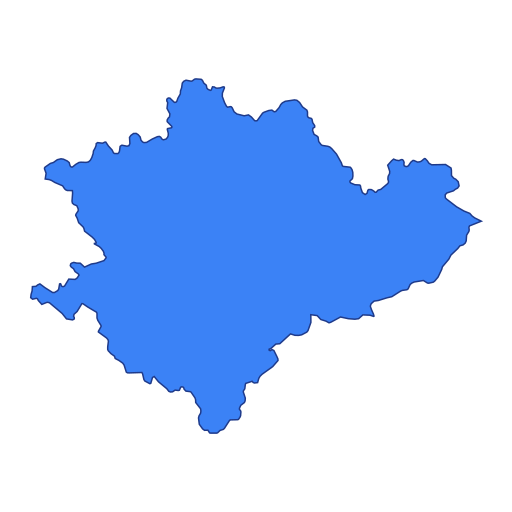 Trung Khanh, Cao Bằng, Vietnam
{"feature_id": "81297802B42277751936117", "entity_name": "Trung Khanh", "entity_type": "district", "adm_level": 2, "iso_a3": "VNM", "parent_name": "Vietnam", "parent_adm1": "Cao Bằng", "projection": "mercator", "projection_center": [106.547, 22.825], "detail": "fine", "context": "isolated", "style": "filled", "palette": "blue", "viewbox_px": 512, "rotation_deg": 0, "n_neighbors": 0, "source": "geoboundaries", "source_scale": "gbopen_adm2", "svg_char_len": 5978}
<svg xmlns="http://www.w3.org/2000/svg" viewBox="0 0 512 512"><path d="M481.3,221.2L474.7,217.9L472.1,216.0L469.8,213.4L463.9,211.0L456.6,206.8L446.4,199.0L445.3,197.7L445.2,194.8L446.8,193.0L453.5,190.8L455.3,189.3L457.6,188.1L459.1,185.9L458.2,181.7L455.7,179.2L453.7,178.2L451.5,175.6L451.4,170.1L451.0,168.0L445.5,164.5L431.7,164.8L429.0,163.3L427.3,160.8L425.3,158.7L424.4,158.6L421.3,161.2L419.8,161.8L417.6,162.1L413.9,160.5L412.9,160.5L410.8,162.2L408.5,165.6L407.4,166.4L406.2,166.6L404.3,165.9L403.9,164.6L404.1,162.4L403.5,160.8L402.6,159.7L401.3,159.6L399.0,160.6L396.3,160.2L393.6,159.1L391.6,160.8L387.7,165.2L389.7,171.3L389.6,173.5L388.2,176.2L388.0,177.5L387.9,179.2L388.5,181.3L388.4,182.6L387.6,183.7L380.8,189.4L378.1,190.1L376.2,192.2L375.1,192.3L373.7,191.0L371.4,189.6L368.8,189.5L367.9,190.2L367.0,193.3L365.1,194.5L362.4,192.6L360.8,188.1L360.5,186.0L359.8,185.0L354.8,184.7L350.6,182.9L349.9,181.9L349.9,181.1L352.4,178.7L352.9,176.1L352.8,172.4L352.1,169.8L351.1,168.1L350.2,167.2L343.3,166.4L342.4,165.9L341.3,162.7L336.5,154.1L331.7,148.6L329.8,147.0L327.9,146.3L322.2,145.4L321.1,144.7L318.7,141.5L318.1,137.1L316.8,135.9L314.1,134.4L312.6,130.5L312.9,128.3L314.7,127.1L314.7,125.7L312.7,122.6L312.0,119.2L311.1,118.3L309.1,117.9L308.0,117.1L307.5,116.1L307.5,112.0L306.9,110.2L302.5,106.9L299.6,102.5L296.9,100.3L294.5,99.9L285.2,101.3L282.3,102.9L280.8,104.5L279.1,107.6L275.7,111.5L274.2,111.8L271.9,110.1L268.8,110.5L264.1,112.2L262.6,113.1L257.2,120.6L256.0,120.9L254.7,120.7L251.4,117.0L248.5,114.9L244.2,115.8L236.9,114.0L234.1,111.8L232.2,107.8L231.3,106.8L230.3,106.6L227.6,107.2L226.5,106.3L224.6,102.7L222.3,96.5L222.4,93.1L224.4,88.0L224.3,87.1L223.2,86.8L220.1,87.9L217.0,88.2L215.7,87.9L214.4,87.0L212.5,86.8L211.2,90.0L210.3,90.4L207.8,89.2L206.9,88.2L206.3,85.2L203.8,83.1L202.4,80.3L201.2,79.3L195.9,78.9L194.5,79.2L192.4,80.8L191.3,81.2L186.0,80.2L183.7,81.3L182.3,83.1L181.6,87.9L180.5,90.9L180.3,94.0L177.9,98.2L176.8,101.3L175.8,102.3L174.4,102.4L169.9,98.1L168.4,98.0L167.3,98.6L166.8,99.6L166.8,101.0L167.7,102.6L167.0,108.4L169.9,113.9L169.5,116.9L168.3,118.0L167.2,119.9L167.1,121.2L167.4,121.9L171.8,126.4L171.8,127.4L171.4,127.8L167.5,128.6L167.3,129.5L168.3,133.3L168.2,135.7L167.5,137.4L166.0,139.1L163.3,139.8L162.1,139.2L160.6,137.1L159.3,136.4L157.3,136.7L152.3,139.0L146.6,142.4L143.9,142.6L142.6,142.0L141.0,140.2L140.2,137.0L138.2,134.7L136.2,133.4L133.5,133.5L130.9,135.4L129.5,137.4L129.9,143.6L128.9,145.7L127.0,146.2L121.9,145.2L121.0,145.7L120.1,146.4L119.5,151.1L118.9,152.6L117.9,153.6L114.5,153.5L113.5,152.9L112.1,150.0L108.4,146.0L105.8,142.1L104.9,142.1L102.5,143.2L97.6,142.6L96.2,143.6L96.1,145.4L95.2,147.8L93.4,151.1L93.2,153.4L91.8,157.6L90.3,160.3L88.5,161.9L86.2,162.4L80.8,162.2L78.9,162.5L75.7,164.4L72.5,167.0L71.8,167.1L70.9,166.8L70.0,165.6L69.2,162.6L67.3,161.0L63.5,159.2L61.0,158.8L57.3,159.7L53.4,162.5L50.4,163.4L45.1,167.1L44.5,168.0L44.5,168.9L46.1,173.3L45.2,179.0L49.3,179.6L51.6,180.5L54.9,182.5L62.6,185.8L64.6,188.8L65.8,189.9L67.3,190.5L72.4,190.6L72.6,193.1L72.0,201.1L72.4,203.1L73.9,204.5L76.8,205.7L78.2,208.9L78.2,210.8L75.9,214.3L75.7,215.4L77.2,218.2L78.7,222.7L83.1,226.9L83.9,228.4L84.6,231.2L92.1,237.0L94.5,239.4L96.2,242.4L96.0,243.2L94.4,243.4L94.4,243.9L99.3,246.6L101.2,248.4L103.3,251.2L104.0,253.1L104.0,254.7L106.1,257.2L106.1,257.8L104.0,260.6L96.2,263.2L91.3,264.0L84.5,267.1L80.3,263.2L76.7,263.1L73.8,262.4L71.7,263.1L70.7,263.9L70.3,265.7L71.3,267.1L73.5,268.7L75.1,271.6L78.4,274.0L79.0,275.1L77.2,277.9L75.2,279.4L68.8,279.1L64.6,286.0L63.4,286.6L62.5,286.6L61.3,285.9L60.9,284.2L60.4,283.7L59.6,283.9L58.7,289.1L57.7,290.6L54.5,292.5L52.6,292.5L45.0,287.7L39.9,283.9L37.7,284.9L36.0,286.3L32.4,286.6L32.1,290.9L31.1,294.3L30.7,297.7L32.6,299.2L36.4,298.3L37.5,298.8L38.3,300.5L41.8,304.4L46.5,302.5L47.5,302.3L49.4,302.7L62.2,313.5L66.5,318.9L72.5,319.9L74.0,319.2L74.3,318.6L74.2,317.3L73.6,316.4L74.0,314.3L77.1,311.5L81.9,303.6L82.9,303.7L88.2,307.3L96.5,312.2L97.0,313.4L97.0,318.0L97.8,320.3L101.0,325.5L101.1,326.5L98.4,331.3L98.4,332.0L106.6,338.0L108.0,339.7L108.4,341.3L107.7,346.9L107.7,349.4L108.2,350.7L110.9,353.6L114.5,356.2L115.2,358.5L118.7,360.3L122.7,363.1L124.1,365.1L126.3,372.1L127.4,372.8L129.2,372.9L141.9,372.5L142.6,373.9L143.9,379.5L144.8,381.0L149.9,383.7L150.8,383.3L152.5,377.5L154.2,376.5L158.5,381.8L166.8,388.7L168.8,391.3L170.5,392.0L172.6,391.8L175.1,390.1L178.3,390.5L179.4,390.2L180.6,387.3L181.7,386.8L182.9,387.0L183.7,387.7L184.1,389.2L185.9,391.1L190.4,391.7L191.1,392.2L195.0,397.9L195.6,399.8L195.7,402.5L200.6,408.8L200.9,411.0L200.6,413.2L199.1,415.7L198.5,417.9L199.3,424.3L202.6,428.9L204.5,430.3L207.9,430.2L209.6,432.9L210.5,433.1L216.7,433.1L217.6,432.8L220.1,430.4L223.3,429.4L224.4,428.4L229.2,420.9L230.2,419.9L237.5,419.7L238.5,419.4L240.1,417.0L240.6,415.7L240.9,412.0L240.7,411.0L239.4,409.2L239.5,408.1L240.8,405.3L244.4,402.5L245.1,400.9L245.3,398.1L243.3,392.0L243.4,390.9L244.8,388.8L245.3,384.6L245.7,383.4L252.1,381.3L253.2,382.5L254.4,383.0L257.6,382.6L258.8,378.4L260.0,376.3L262.0,374.3L272.7,366.6L278.0,360.5L277.9,358.9L276.8,356.4L273.9,350.5L272.1,349.6L270.2,350.7L269.1,350.1L269.1,349.2L271.0,348.4L275.8,344.1L279.8,343.7L290.5,333.9L294.9,335.3L298.6,335.4L301.7,334.8L306.8,332.1L308.0,330.6L310.9,322.4L310.8,314.7L317.2,315.6L320.8,319.5L325.9,321.1L329.0,322.8L330.7,322.3L340.5,317.0L348.4,318.7L354.9,319.2L358.6,318.7L362.9,314.9L370.0,315.2L373.6,316.4L374.0,316.1L373.4,314.0L371.5,309.7L370.4,306.6L370.5,305.5L371.2,303.7L374.1,301.1L378.3,300.5L387.0,297.8L391.8,296.7L400.6,291.1L402.3,290.4L407.0,289.7L408.1,288.9L410.2,284.4L412.0,283.0L414.2,282.0L423.4,280.5L427.4,283.0L428.7,283.2L433.2,282.2L434.6,281.2L438.0,277.2L441.7,269.4L442.4,266.8L448.8,259.2L450.9,255.1L457.8,248.5L459.9,245.8L463.1,244.9L465.2,243.1L466.2,240.9L466.6,235.2L468.9,231.4L469.2,230.0L468.9,227.3L469.5,225.9L481.3,221.2Z" fill="#3b82f6" stroke="#1e3a8a" stroke-width="1.5"/></svg>